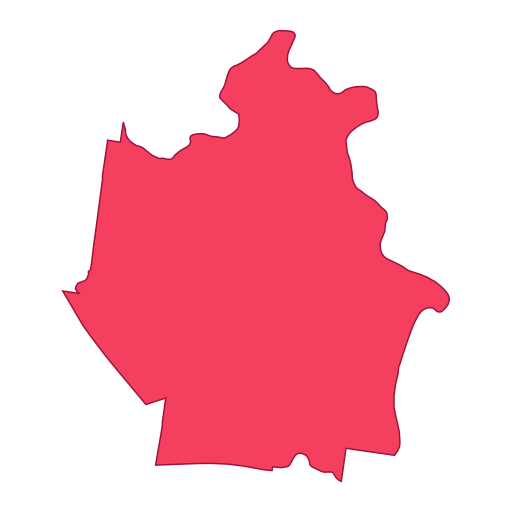 outline of Maribyrnong, Victoria, Australia
{"feature_id": "25037944B56618295646151", "entity_name": "Maribyrnong", "entity_type": "district", "adm_level": 2, "iso_a3": "AUS", "parent_name": "Australia", "parent_adm1": "Victoria", "projection": "orthographic", "projection_center": [144.879, -37.791], "detail": "fine", "context": "isolated", "style": "filled", "palette": "rose", "viewbox_px": 512, "rotation_deg": 0, "n_neighbors": 0, "source": "geoboundaries", "source_scale": "gbopen_adm2", "svg_char_len": 5983}
<svg xmlns="http://www.w3.org/2000/svg" viewBox="0 0 512 512"><path d="M146.0,404.6L147.8,403.9L157.3,400.7L162.8,399.1L165.8,397.9L162.4,422.1L162.2,426.7L159.0,445.6L157.7,452.8L155.8,463.9L155.6,465.1L179.1,464.2L198.0,463.5L205.1,463.4L211.7,463.4L221.4,463.8L226.1,464.0L230.4,464.4L240.9,465.7L243.9,466.1L263.6,469.7L267.0,470.1L270.3,470.4L272.1,470.5L272.7,466.8L279.2,467.5L280.3,467.6L281.4,467.6L282.2,467.5L285.9,466.9L287.4,466.5L288.2,466.2L288.9,465.7L289.5,465.1L290.3,463.9L291.6,461.6L293.4,458.1L295.5,455.2L296.7,454.2L297.5,453.7L299.0,453.3L301.1,453.3L302.3,453.6L303.7,454.2L305.8,455.2L306.6,455.9L307.3,456.7L309.0,460.1L309.3,461.2L309.8,464.3L310.1,465.1L311.5,466.5L314.3,468.0L317.8,469.6L321.0,471.2L323.5,472.0L324.7,472.1L325.7,472.1L327.8,472.0L328.7,472.1L330.9,472.0L332.1,472.1L332.7,472.6L333.3,473.0L334.9,475.8L335.8,477.2L337.1,478.6L338.5,479.9L339.7,480.8L341.3,481.3L346.0,448.3L394.5,455.3L397.4,451.2L399.4,447.1L399.9,443.4L399.7,438.1L399.2,431.6L397.9,425.1L395.9,416.7L394.0,407.2L394.0,400.5L394.0,395.8L394.6,391.2L395.3,385.6L397.3,376.8L397.9,374.5L398.2,372.4L398.3,370.6L398.6,368.4L398.9,366.4L400.3,362.8L402.7,354.9L405.1,347.8L407.9,339.5L411.3,330.2L413.1,325.6L414.8,321.8L417.3,317.1L418.8,314.4L420.2,312.6L421.7,311.0L423.6,309.6L425.3,308.7L427.1,308.1L428.9,307.7L430.6,307.7L432.4,308.0L434.2,308.8L435.6,310.3L437.2,311.5L438.9,312.0L440.8,311.9L442.1,311.1L444.2,309.3L446.2,307.0L447.9,304.6L448.7,302.5L449.3,300.0L449.2,297.8L448.4,295.2L447.0,292.9L445.3,290.8L443.2,288.5L440.0,285.6L436.4,282.7L434.1,281.1L431.4,279.7L429.2,278.3L426.0,276.7L422.8,275.4L419.5,274.1L411.8,271.7L408.7,270.6L406.7,269.5L404.7,268.0L400.9,265.6L398.2,264.1L394.9,262.6L391.5,260.9L389.7,260.1L387.4,259.0L386.0,258.1L384.7,257.1L383.4,255.8L382.1,253.8L381.2,251.9L380.7,249.4L380.3,246.8L380.3,245.6L380.4,243.2L380.6,242.1L380.9,240.8L384.3,232.5L384.8,230.8L384.9,229.6L385.1,226.9L385.5,223.8L385.7,222.8L386.8,220.5L387.1,219.4L387.4,217.4L387.2,216.0L386.9,213.8L386.7,212.8L385.9,211.6L385.1,210.5L384.2,209.6L381.3,207.3L380.1,206.1L377.4,203.1L375.6,201.4L374.4,200.3L371.5,198.4L368.7,196.8L366.0,195.0L364.4,193.8L363.0,192.6L361.8,191.6L360.7,190.8L359.2,189.9L357.3,188.6L356.4,187.7L355.3,186.1L354.4,184.2L353.4,182.0L352.8,180.2L352.5,178.9L352.3,177.4L352.2,175.7L352.1,173.4L351.9,171.3L351.6,169.3L350.9,164.5L349.8,159.7L349.3,158.1L348.0,154.6L347.6,153.3L347.0,149.9L346.8,148.4L346.4,145.3L346.2,142.6L346.1,142.0L346.0,141.1L346.1,139.8L346.6,138.3L347.7,136.2L348.9,134.2L350.9,131.8L352.7,130.2L355.0,128.4L356.7,127.0L359.2,125.5L361.4,124.1L365.7,122.2L369.9,121.2L372.1,120.4L374.0,119.7L375.5,118.8L376.5,118.0L377.3,116.9L377.8,115.6L378.1,114.0L378.2,112.0L377.8,110.1L376.7,103.1L376.5,101.4L376.3,97.6L376.2,95.7L376.0,94.2L375.7,92.8L375.0,91.6L374.0,90.7L372.8,89.9L371.1,88.9L369.1,88.0L366.9,87.1L364.4,86.6L362.5,86.5L357.6,86.6L354.3,87.0L351.8,87.5L348.2,88.7L345.5,89.7L342.4,92.1L340.6,93.2L338.8,93.6L337.2,93.8L335.4,93.5L333.9,92.9L332.4,91.9L331.1,90.8L329.8,89.2L328.8,87.0L325.8,83.2L324.2,81.5L322.1,79.4L319.8,77.0L317.6,74.2L314.2,70.4L312.7,69.6L310.7,68.9L308.6,68.5L306.8,68.3L304.8,68.4L300.1,68.5L294.5,68.4L293.4,68.2L291.7,67.5L290.5,66.7L289.6,65.7L288.2,63.4L287.8,62.4L287.5,61.1L287.3,59.6L287.4,57.5L287.6,55.9L287.8,54.4L288.7,51.4L290.2,47.8L291.0,46.0L291.9,44.3L292.6,42.3L294.1,39.2L295.0,36.9L295.1,36.2L295.1,35.5L294.9,34.6L294.5,33.5L293.5,32.5L292.9,31.9L292.1,31.7L290.1,31.2L285.8,30.8L279.7,30.7L278.3,30.8L276.7,31.2L274.9,32.0L273.3,33.0L272.3,34.3L268.9,40.6L267.5,42.7L262.7,47.1L260.8,48.9L258.4,51.4L256.1,53.4L251.4,56.2L248.2,58.3L246.7,59.4L244.7,60.7L240.6,63.3L238.9,64.1L236.4,65.3L234.4,66.0L232.6,67.0L231.6,67.7L230.1,69.4L229.4,70.5L228.7,72.1L227.2,75.9L225.5,82.4L224.9,84.3L223.5,87.8L222.6,89.1L221.7,90.4L220.5,92.9L220.2,93.9L219.7,95.0L219.6,95.6L219.6,96.3L219.7,97.6L220.0,98.0L220.4,98.3L222.9,101.1L225.0,103.1L225.8,103.8L228.0,106.2L229.3,107.9L230.3,108.9L234.9,111.8L237.9,113.5L238.5,113.9L238.8,114.6L239.1,117.4L239.3,119.6L239.2,121.6L238.9,124.5L238.8,125.5L238.6,126.6L238.1,127.6L237.5,128.6L236.8,129.6L235.9,130.6L232.7,133.1L230.8,134.6L229.8,135.3L228.2,136.0L227.2,136.6L225.9,137.4L225.0,137.7L224.3,137.9L223.6,138.0L222.9,138.0L221.6,137.7L219.9,137.3L216.8,136.8L214.5,136.7L212.3,136.4L210.7,136.1L209.3,135.7L205.6,134.2L204.0,133.9L202.8,133.7L200.4,133.7L197.5,133.9L195.9,134.1L194.3,134.4L192.3,135.0L191.5,135.5L191.1,135.8L190.6,136.4L190.2,137.1L190.1,137.9L190.1,138.6L190.4,141.1L190.5,141.8L190.4,142.6L189.7,144.4L189.3,144.9L187.8,146.3L187.1,146.9L182.9,149.1L181.2,150.1L180.2,150.8L178.6,152.0L175.9,154.3L174.9,155.2L174.3,155.8L174.1,156.1L173.8,156.8L173.5,157.2L172.8,157.9L171.1,159.0L170.5,159.2L169.9,159.3L169.2,159.3L167.9,159.3L166.4,159.1L164.8,158.7L163.8,158.5L162.9,158.3L161.5,158.3L159.9,158.4L158.5,158.3L158.0,158.0L157.5,157.7L156.9,157.5L155.4,157.0L154.2,156.2L152.0,155.2L151.3,154.7L149.9,153.6L149.0,153.0L148.1,152.1L147.5,151.6L146.5,151.1L144.4,149.0L143.3,148.2L140.7,146.8L138.7,146.1L136.8,145.7L136.1,145.5L135.5,145.1L134.9,144.6L133.1,143.5L130.7,141.6L129.9,140.9L128.8,139.7L127.7,138.3L126.9,136.7L126.1,135.2L125.8,134.3L125.6,132.7L125.6,131.0L125.3,129.1L124.7,126.9L124.1,125.4L123.5,122.9L123.4,121.9L120.3,142.2L107.6,140.2L107.2,143.5L102.3,176.8L102.6,179.0L102.0,183.1L96.5,224.7L93.4,247.4L92.0,259.6L90.6,269.6L88.5,271.4L88.3,272.2L88.5,272.9L88.7,273.2L88.6,273.9L88.5,274.6L88.2,275.0L88.0,275.7L87.9,276.0L87.7,276.5L87.5,277.0L87.3,277.5L86.8,278.5L86.5,279.0L86.2,279.4L85.8,279.8L85.4,280.1L85.0,280.5L84.2,280.9L83.7,281.2L82.5,281.4L81.6,281.9L81.1,282.1L80.0,282.5L79.4,282.5L77.7,283.4L76.2,286.3L75.6,287.3L75.5,288.7L75.6,289.3L75.9,289.8L76.8,291.0L77.4,291.9L78.6,292.9L78.9,293.0L79.2,293.4L62.7,291.0L83.0,325.5L89.7,334.9L104.8,354.9L117.4,370.3L146.0,404.6Z" fill="#f43f5e" stroke="#9f1239" stroke-width="1.5"/></svg>